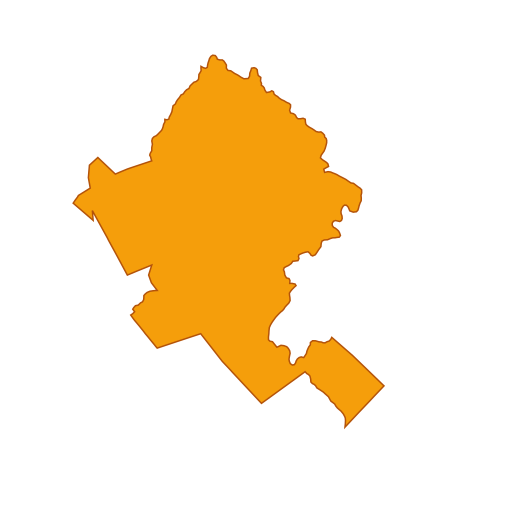 Batalha, Piauí, Brazil, rotated 134°
{"feature_id": "56859067B48671667147082", "entity_name": "Batalha", "entity_type": "district", "adm_level": 2, "iso_a3": "BRA", "parent_name": "Brazil", "parent_adm1": "Piauí", "projection": "mercator", "projection_center": [-42.097, -3.963], "detail": "fine", "context": "isolated", "style": "filled", "palette": "amber", "viewbox_px": 512, "rotation_deg": 134, "n_neighbors": 0, "source": "geoboundaries", "source_scale": "gbopen_adm2", "svg_char_len": 4893}
<svg xmlns="http://www.w3.org/2000/svg" viewBox="0 0 512 512"><g transform="rotate(134 256 256)"><path d="M295.0,438.2L306.4,438.9L316.1,431.0L322.3,422.4L335.8,425.8L337.8,425.3L341.1,424.9L345.0,424.2L343.5,397.9L337.0,405.3L346.2,375.6L347.1,373.1L352.2,356.8L358.0,338.7L359.1,335.3L349.6,331.2L334.9,324.7L344.3,320.0L347.9,312.7L349.4,303.1L351.0,304.6L352.4,305.8L355.0,307.8L357.8,309.0L360.2,309.3L362.3,309.2L363.7,307.9L365.4,306.5L367.8,305.8L369.9,306.5L373.1,306.6L375.5,308.2L378.1,308.1L379.9,307.7L380.4,304.6L383.1,304.6L385.5,305.1L386.4,300.3L386.7,298.3L387.0,295.3L387.4,291.5L387.8,288.5L388.1,286.0L388.5,283.3L388.8,281.5L389.0,279.4L389.2,277.5L389.6,274.4L389.9,271.9L390.4,267.4L390.7,265.3L390.9,263.1L360.9,247.4L350.3,241.8L355.2,207.1L355.8,194.8L356.0,192.3L358.2,149.7L305.1,140.3L305.3,137.9L304.8,135.9L304.9,133.8L306.6,131.1L308.5,129.0L308.6,126.8L308.0,125.1L307.9,123.1L308.6,120.5L307.8,116.8L307.1,112.9L307.1,110.9L307.0,108.7L306.9,106.1L307.9,103.0L308.4,101.2L308.0,98.5L307.8,96.6L308.5,94.3L308.8,91.9L308.7,89.8L308.5,87.2L308.9,83.7L309.6,81.4L310.4,79.4L312.1,77.4L314.5,75.3L317.3,73.1L296.9,73.4L293.5,73.4L280.9,73.5L274.9,73.6L260.5,73.7L260.5,86.9L260.5,117.2L261.9,145.0L264.1,144.3L266.4,144.3L268.4,145.4L270.5,146.0L271.8,147.4L272.4,149.1L274.0,151.1L275.6,154.2L277.6,156.4L280.4,156.8L282.2,155.2L284.7,154.9L287.0,154.1L289.0,153.3L291.1,152.0L293.6,151.5L295.9,151.1L297.2,153.4L299.0,154.4L301.3,154.7L303.6,154.2L305.4,153.3L307.5,152.9L309.2,154.1L309.6,156.6L308.5,159.0L307.3,160.6L304.7,162.4L302.3,163.9L300.8,165.9L300.0,168.6L299.9,170.9L301.1,173.6L302.9,176.0L304.8,176.7L307.1,177.6L306.6,181.6L306.2,184.6L307.6,186.8L307.6,188.8L305.6,190.8L303.1,192.7L300.8,194.7L298.2,196.7L295.5,197.7L292.6,198.4L290.1,198.8L286.5,199.3L283.4,199.4L280.9,199.4L278.9,199.3L276.9,199.0L274.8,199.1L272.8,199.6L270.3,199.7L267.1,199.7L264.4,200.5L262.3,202.8L260.9,204.7L259.5,206.2L257.4,206.6L255.3,206.8L252.0,206.8L249.5,206.6L249.0,208.4L250.7,211.1L252.3,212.7L250.0,214.6L249.3,216.6L250.6,218.9L249.7,222.0L247.6,224.7L246.9,226.6L244.8,227.6L242.8,227.0L240.2,226.0L236.9,225.4L234.2,225.9L232.6,224.5L230.2,222.6L228.0,223.3L226.9,225.1L225.3,226.0L223.3,225.2L221.6,224.5L219.0,223.1L216.8,221.5L216.7,219.0L217.2,217.0L216.6,215.3L213.9,214.2L211.0,214.7L208.0,215.3L204.2,215.8L201.4,218.0L199.4,218.9L197.0,218.0L194.6,215.8L191.5,214.5L189.6,213.4L188.1,211.9L186.2,210.5L184.6,209.2L182.6,209.5L181.4,211.8L180.7,213.8L180.7,215.8L180.9,218.2L181.5,220.2L181.0,222.4L179.4,224.0L177.2,224.4L175.3,223.5L174.3,221.9L173.0,219.7L171.1,219.2L169.2,220.0L167.5,221.9L166.4,224.2L165.0,225.8L162.5,227.2L159.8,227.9L157.9,227.7L156.7,226.2L156.7,224.0L157.4,222.1L158.4,219.9L156.9,216.5L154.4,214.5L152.4,214.5L150.7,215.3L148.3,216.7L145.5,218.0L143.2,218.7L141.2,220.5L139.5,222.5L137.2,223.8L135.0,226.0L134.9,228.4L135.3,230.2L135.7,233.6L136.0,236.3L137.5,238.5L138.1,241.9L138.5,244.6L139.5,248.0L140.6,251.5L141.3,254.5L142.1,256.6L143.0,258.7L143.7,260.6L145.3,262.8L148.2,264.7L146.5,267.6L143.9,266.9L141.2,266.0L139.8,268.2L139.7,270.1L140.0,272.0L140.6,275.1L140.7,277.8L138.3,279.1L135.9,279.5L133.3,279.9L130.5,281.0L127.9,282.4L125.5,283.8L123.7,285.5L122.7,287.2L122.8,289.1L121.5,290.7L121.3,293.3L121.6,295.5L123.3,296.9L124.7,299.2L125.0,301.6L125.5,304.2L126.3,307.1L126.7,309.7L126.6,311.6L125.3,313.5L123.4,315.6L124.2,317.8L126.4,319.4L128.1,321.1L128.2,323.0L127.3,325.5L127.6,327.9L129.1,330.5L127.8,333.1L124.9,334.6L123.2,336.2L123.2,338.1L124.2,340.7L124.9,343.8L125.8,346.2L126.3,348.9L126.3,351.3L126.9,353.6L126.9,355.6L125.7,357.6L126.2,359.4L128.3,360.0L131.1,362.0L130.5,364.8L129.4,366.8L129.1,368.7L129.5,370.7L128.0,372.0L127.0,374.3L124.2,376.6L124.6,379.8L123.0,382.3L121.2,384.5L121.1,386.5L121.9,388.2L124.0,389.7L126.0,388.6L128.7,387.5L131.2,385.5L133.7,384.9L136.9,387.8L137.9,391.3L138.3,394.0L138.8,395.9L139.5,398.0L139.9,400.4L140.3,402.8L142.0,405.1L141.5,407.8L139.2,409.9L138.6,412.1L138.1,414.7L138.4,416.5L140.1,418.2L141.3,420.5L140.4,422.3L140.1,424.5L141.6,426.6L143.7,427.1L146.3,426.6L148.4,425.5L150.2,424.7L152.2,423.5L154.1,422.1L156.0,422.6L157.1,424.7L157.8,427.3L159.2,426.0L160.8,424.2L163.0,423.6L165.0,423.2L166.9,421.6L169.0,420.0L171.9,420.2L174.2,421.4L176.5,421.5L179.3,421.6L182.0,420.6L184.7,421.4L187.2,421.4L189.9,420.9L192.3,421.8L195.0,421.2L197.9,421.0L200.5,420.5L202.6,419.6L205.6,420.0L208.1,418.4L210.7,416.7L213.7,415.6L216.3,414.9L218.1,413.8L219.9,414.7L221.0,416.5L222.8,414.7L225.5,413.9L227.6,412.6L229.3,411.8L231.2,411.2L233.7,411.2L236.4,411.2L238.7,411.3L241.1,412.2L243.4,412.2L245.6,410.9L247.6,408.1L250.4,406.3L252.7,404.1L255.6,403.4L257.3,402.5L258.0,400.5L259.1,398.9L260.0,397.1L280.5,407.8L282.9,409.0L291.2,412.6L294.8,414.1L295.0,434.2L295.0,438.2Z" fill="#f59e0b" stroke="#b45309" stroke-width="1.5"/></g></svg>